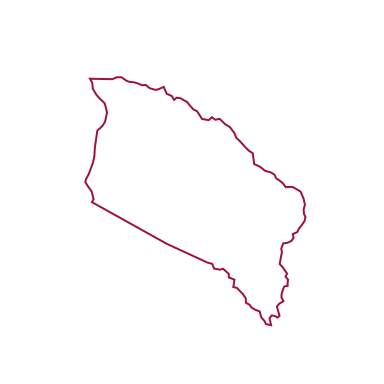 Tabira, Pernambuco, Brazil, rotated 319°
{"feature_id": "56859067B43528935445222", "entity_name": "Tabira", "entity_type": "district", "adm_level": 2, "iso_a3": "BRA", "parent_name": "Brazil", "parent_adm1": "Pernambuco", "projection": "equal_earth", "projection_center": [-37.499, -7.579], "detail": "fine", "context": "isolated", "style": "outline", "palette": "rose", "viewbox_px": 384, "rotation_deg": 319, "n_neighbors": 0, "source": "geoboundaries", "source_scale": "gbopen_adm2", "svg_char_len": 1713}
<svg xmlns="http://www.w3.org/2000/svg" viewBox="0 0 384 384"><g transform="rotate(319 192 192)"><path d="M109.8,134.0L139.1,214.9L157.3,255.3L160.1,259.5L158.4,264.3L162.3,269.1L165.1,270.3L166.0,277.9L163.8,280.7L166.5,286.0L160.8,290.9L163.0,293.8L163.2,298.1L163.4,302.6L162.8,307.6L160.0,310.9L161.5,314.9L161.1,318.1L162.5,322.4L164.7,326.5L162.0,332.2L162.1,337.2L161.1,340.2L164.3,344.4L167.7,338.1L171.1,337.4L173.1,339.7L174.2,342.9L176.8,342.9L180.9,334.2L184.5,333.5L189.4,334.4L190.3,330.3L192.8,327.7L197.0,325.1L199.7,323.8L202.6,325.6L204.5,323.3L207.0,321.2L207.1,317.2L210.2,316.0L210.7,311.8L211.1,308.2L210.9,303.9L220.4,296.4L222.2,293.3L227.1,290.6L230.4,292.8L235.0,294.2L238.5,293.2L240.5,289.9L245.1,291.3L248.8,289.8L254.3,288.7L258.0,287.7L261.0,285.5L262.4,281.5L265.0,278.3L268.9,275.7L271.9,270.1L274.2,262.9L271.4,254.5L269.4,252.5L265.9,249.9L266.3,245.1L265.6,240.8L264.5,237.0L265.6,233.0L264.2,228.6L261.0,224.0L260.0,218.0L258.7,214.8L257.3,211.6L263.3,202.6L262.0,198.1L261.6,192.0L261.5,185.4L261.0,180.5L262.7,175.0L263.2,168.0L261.5,162.5L261.2,158.5L260.8,154.8L257.1,152.9L255.9,148.5L251.8,148.8L247.5,143.5L248.8,134.5L247.2,130.3L247.1,124.5L247.4,121.0L246.2,117.8L244.9,113.8L242.3,110.8L238.9,110.7L239.7,106.3L237.4,101.3L239.6,94.1L234.5,92.6L231.4,91.0L228.2,85.9L227.2,80.6L224.7,79.1L221.9,73.8L220.0,70.9L217.0,67.8L215.6,65.2L214.1,59.2L210.6,56.1L205.9,54.6L189.3,39.6L188.4,44.1L184.8,49.2L183.6,56.2L183.7,61.0L184.3,67.8L180.1,76.2L172.4,82.0L167.4,83.4L164.8,83.5L160.8,83.6L148.1,94.5L141.9,100.8L136.7,104.8L125.9,110.7L120.5,112.8L118.0,114.5L117.3,118.6L116.6,125.9L113.0,132.9L109.8,134.0Z" fill="none" stroke="#9f1239" stroke-width="2"/></g></svg>